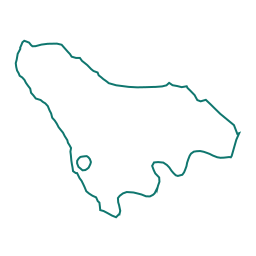 Goranboy District, Goranboy, Azerbaijan (Equal Earth projection), rotated 89°
{"feature_id": "54616110B75141866412524", "entity_name": "Goranboy District", "entity_type": "district", "adm_level": 2, "iso_a3": "AZE", "parent_name": "Azerbaijan", "parent_adm1": "Goranboy", "projection": "equal_earth", "projection_center": [46.678, 40.575], "detail": "fine", "context": "isolated", "style": "outline", "palette": "teal", "viewbox_px": 256, "rotation_deg": 89, "n_neighbors": 0, "source": "geoboundaries", "source_scale": "gbopen_adm2", "svg_char_len": 2460}
<svg xmlns="http://www.w3.org/2000/svg" viewBox="0 0 256 256"><g transform="rotate(89 128 128)"><path d="M159.1,25.7L157.7,24.8L141.6,19.9L135.1,16.9L135.8,18.8L127.0,22.0L115.4,35.6L109.3,41.6L106.0,44.8L101.2,49.7L102.6,54.9L101.3,58.2L98.3,59.8L96.3,60.8L91.5,65.3L89.0,67.8L87.3,68.6L88.1,73.6L86.9,78.1L86.0,82.7L84.0,85.5L83.6,86.1L86.0,88.8L87.0,93.1L87.4,99.8L87.4,102.6L87.5,109.7L87.5,118.2L86.9,126.6L86.0,132.7L85.1,139.0L82.8,146.6L82.0,147.4L80.2,149.7L78.7,151.8L76.9,153.8L74.8,156.4L72.0,157.4L70.4,161.5L68.4,163.9L67.4,164.8L64.4,167.6L61.9,170.6L60.1,172.8L57.1,174.9L57.0,178.9L55.7,183.1L53.1,184.7L50.8,186.8L46.1,190.8L43.6,192.9L42.4,197.6L42.4,202.0L42.4,206.8L43.1,213.1L44.6,219.2L44.6,222.1L43.4,223.5L40.9,225.4L39.9,227.8L39.0,230.2L39.1,230.3L40.4,232.0L43.0,233.1L45.8,234.4L47.0,234.3L49.4,235.6L51.9,237.0L55.1,237.6L57.7,238.1L61.2,239.1L65.0,238.7L68.6,237.9L71.3,236.4L73.9,235.4L75.6,232.9L78.1,230.7L81.0,229.3L83.8,227.4L86.9,225.1L91.1,224.3L93.2,222.5L93.5,222.2L96.9,219.7L98.5,214.9L100.4,212.7L101.9,210.3L104.7,207.8L109.1,206.1L112.1,204.6L116.4,203.6L119.3,201.1L122.5,199.1L126.1,197.3L129.1,195.0L131.5,193.1L135.0,191.4L139.1,188.9L141.7,188.3L143.8,187.0L147.0,185.3L150.6,186.0L154.3,185.6L159.7,185.2L163.4,184.7L166.2,184.2L170.2,183.7L172.1,181.1L172.2,179.7L177.3,177.3L180.1,175.3L183.5,173.7L186.2,172.5L190.5,170.8L192.9,168.0L195.1,164.7L196.8,161.1L200.6,159.5L202.1,157.9L205.8,157.5L209.6,157.2L210.6,153.8L212.8,149.8L215.3,145.5L217.0,141.5L213.7,138.1L213.8,138.0L210.7,137.2L204.9,138.3L202.1,139.1L197.9,139.3L195.6,137.4L193.3,134.2L192.0,130.4L192.5,124.4L192.6,123.5L193.7,119.3L194.7,115.7L196.6,111.2L196.8,107.3L195.3,104.2L193.8,102.5L189.5,100.3L190.3,100.1L186.3,99.0L182.3,97.5L178.0,97.7L173.9,101.5L170.6,103.0L166.3,104.5L162.9,102.6L162.6,98.5L163.2,93.3L165.7,89.7L168.2,87.4L171.6,85.2L173.9,83.3L176.1,81.1L176.8,79.0L175.7,74.5L173.3,72.7L170.8,71.6L167.2,70.2L163.8,69.5L160.4,68.3L156.8,66.8L154.7,65.4L152.8,62.6L152.4,59.6L152.4,59.2L152.3,56.2L153.1,52.7L154.5,48.9L155.4,46.7L157.0,43.7L158.8,39.3L159.4,36.0L159.3,32.4L158.8,27.3L159.1,25.7ZM161.5,165.7L163.5,166.3L166.9,168.0L168.2,169.6L169.3,171.4L169.5,174.2L167.8,176.1L167.2,176.8L166.0,178.2L162.5,179.5L159.9,179.4L157.7,177.9L156.1,176.1L155.8,174.3L155.6,172.5L155.5,171.4L155.4,170.0L155.5,169.6L156.6,168.1L158.4,166.7L161.3,165.7L161.5,165.7Z" fill="none" stroke="#0f766e" stroke-width="2"/></g></svg>